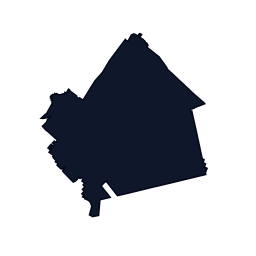 outline of Tizayuca, Hidalgo, Mexico, rotated 194°
{"feature_id": "50627088B81071205197535", "entity_name": "Tizayuca", "entity_type": "district", "adm_level": 2, "iso_a3": "MEX", "parent_name": "Mexico", "parent_adm1": "Hidalgo", "projection": "natural_earth1", "projection_center": [-98.946, 19.853], "detail": "fine", "context": "isolated", "style": "filled", "palette": "ink", "viewbox_px": 256, "rotation_deg": 194, "n_neighbors": 0, "source": "geoboundaries", "source_scale": "gbopen_adm2", "svg_char_len": 4565}
<svg xmlns="http://www.w3.org/2000/svg" viewBox="0 0 256 256"><g transform="rotate(194 128 128)"><path d="M198.7,85.6L198.8,85.4L197.3,84.8L196.3,84.4L195.2,84.0L194.2,83.6L193.5,83.4L193.4,83.4L193.6,82.9L194.1,82.0L193.3,81.6L193.3,81.4L192.7,80.9L192.8,80.8L192.6,80.7L191.7,80.1L190.7,79.5L189.8,78.6L190.7,76.9L190.6,77.1L190.4,77.4L189.2,77.4L188.2,76.9L187.1,76.3L187.9,74.9L186.9,74.2L186.2,73.7L185.8,73.7L185.3,73.5L184.8,73.1L183.8,72.4L183.7,72.5L182.7,72.1L179.7,74.1L181.1,70.5L179.7,69.5L177.2,68.0L174.9,66.5L173.3,65.5L173.2,65.4L170.9,64.0L168.0,62.3L166.8,63.2L166.0,64.0L165.6,64.7L164.8,66.1L164.4,67.4L164.1,68.8L163.8,68.2L163.4,67.7L162.9,67.5L162.3,67.5L161.8,67.9L160.8,68.9L160.4,69.4L159.5,66.7L159.7,66.4L159.8,65.8L159.7,65.3L159.7,65.2L159.0,65.1L158.8,65.0L156.8,64.2L156.7,64.1L157.1,63.4L157.8,62.2L157.5,61.6L155.8,60.5L155.7,60.5L156.5,58.9L157.4,57.4L155.6,56.3L155.4,55.9L156.8,53.0L154.7,51.7L155.4,50.2L153.1,49.8L152.7,48.8L151.8,48.9L150.1,48.5L148.9,48.1L148.0,47.8L147.3,47.3L146.7,46.8L146.0,46.2L145.3,45.0L144.5,43.8L144.4,43.5L144.2,42.4L144.2,41.7L144.2,41.0L144.2,39.7L144.3,38.6L144.3,37.9L144.3,35.8L144.4,34.4L142.3,33.9L141.4,33.5L140.7,33.5L140.4,33.7L136.3,35.6L135.5,36.0L135.3,35.5L135.4,36.2L135.7,37.8L136.0,40.0L136.2,40.9L136.9,45.4L137.0,46.2L137.1,46.7L137.2,47.5L137.3,48.1L137.5,48.7L137.6,49.4L137.7,50.2L137.9,51.6L135.3,52.9L135.0,53.1L134.3,53.4L133.9,53.6L131.8,54.7L128.5,56.4L132.6,59.6L133.1,60.0L134.2,60.8L134.7,61.1L136.9,62.8L138.7,64.2L140.1,65.3L139.0,67.1L138.5,68.0L138.3,68.3L138.2,68.5L137.9,69.0L137.5,69.7L137.4,69.8L137.2,70.2L137.1,70.3L136.6,71.2L136.3,71.0L135.7,70.5L135.5,70.4L135.1,70.1L134.5,69.7L134.1,69.3L133.6,69.0L133.6,68.9L132.9,68.4L132.7,68.3L131.0,67.0L130.6,66.6L129.5,65.8L129.4,65.7L128.2,64.8L121.8,59.8L113.8,63.9L90.0,76.4L87.5,77.7L84.5,79.2L81.4,80.8L73.3,85.0L71.4,86.0L62.6,90.6L41.3,101.7L42.1,103.3L41.9,104.9L41.5,108.0L44.5,108.7L44.1,111.9L46.8,112.6L46.5,115.7L48.6,116.2L53.5,126.1L54.0,127.3L54.9,129.0L55.9,131.0L56.2,131.6L56.2,131.9L56.4,132.1L57.4,134.0L59.3,138.0L69.7,158.8L69.8,157.5L70.1,158.0L71.4,160.3L71.5,161.7L68.6,163.2L68.5,163.7L68.4,163.8L59.4,170.1L59.5,170.4L71.3,176.4L75.1,178.4L76.5,179.2L77.9,180.1L79.0,180.7L81.5,182.0L82.2,182.4L83.8,183.4L85.5,184.3L87.1,185.2L87.5,185.4L89.2,186.3L90.8,187.2L92.2,188.0L93.5,188.8L95.1,189.6L96.6,190.5L98.0,191.3L99.4,192.0L100.8,192.8L102.2,193.5L103.4,194.2L103.5,194.3L104.6,195.0L104.7,195.6L106.4,197.2L106.5,197.3L108.5,199.0L115.3,204.7L115.6,204.8L119.2,206.4L122.2,207.8L124.0,208.6L124.5,208.9L125.0,209.1L126.8,209.9L129.3,211.1L128.6,213.1L129.1,213.2L129.6,213.4L129.6,213.9L129.7,214.3L129.9,214.5L130.2,214.7L130.7,215.0L131.0,214.8L131.5,215.0L131.9,215.1L132.2,215.6L132.3,216.0L132.5,216.3L132.8,216.4L133.6,216.8L134.1,217.1L134.4,217.3L134.8,217.7L135.5,217.8L136.2,218.0L136.8,218.0L137.0,218.2L137.1,218.4L137.3,218.5L137.5,218.6L137.9,218.7L138.5,219.0L137.4,222.0L138.3,222.3L139.4,222.5L140.3,221.3L140.9,219.7L141.9,219.9L142.9,220.4L143.7,220.5L144.4,220.7L145.3,220.6L146.1,220.0L147.2,219.1L147.6,217.6L147.8,216.7L148.0,216.2L149.0,212.0L150.3,212.5L150.8,212.5L152.0,213.3L155.3,205.5L158.5,197.9L162.1,189.3L166.0,176.4L166.9,174.5L171.4,165.9L173.5,159.4L174.2,157.4L174.7,155.7L174.8,155.4L175.1,154.5L175.3,153.8L176.0,151.6L176.4,150.5L177.2,148.0L177.5,146.8L178.4,144.2L182.0,145.4L182.3,145.6L182.9,145.0L184.2,144.8L184.7,145.1L185.2,145.9L185.8,146.8L192.3,149.5L193.5,150.1L193.7,150.7L195.1,151.3L196.4,146.8L197.8,147.4L197.9,146.1L200.3,144.8L200.8,144.5L202.9,143.4L205.6,144.1L205.8,143.4L206.0,143.4L207.5,143.8L207.9,142.0L209.2,142.3L209.6,140.9L210.3,141.1L210.8,139.6L210.1,139.4L210.4,138.3L209.0,138.1L209.4,136.6L209.0,136.6L208.3,136.5L208.2,136.4L208.2,135.7L207.9,134.3L207.5,132.8L207.9,131.9L207.8,131.2L208.1,131.3L209.3,126.9L209.8,125.0L210.3,122.8L212.5,119.8L212.7,119.5L214.7,116.4L213.0,116.6L210.1,117.8L208.9,118.5L207.6,119.3L206.9,119.7L206.2,120.2L206.3,119.9L207.6,117.7L207.7,117.4L207.9,117.1L208.1,116.7L208.3,116.0L208.3,115.9L208.3,115.1L208.2,114.3L208.5,113.8L208.8,113.4L209.0,113.0L210.2,111.0L210.6,110.3L210.8,109.9L211.5,109.0L211.2,108.8L208.7,107.1L207.8,106.6L206.4,105.7L205.1,105.4L204.3,104.9L194.3,99.5L193.3,99.0L194.2,97.4L194.9,96.6L196.4,97.4L196.6,97.0L197.6,95.2L195.2,93.9L195.5,93.3L195.5,93.2L195.9,92.2L198.6,93.6L199.8,91.5L196.9,90.0L197.2,89.1L200.1,90.7L200.8,89.3L197.8,87.7L198.1,87.0L198.4,86.2L198.7,85.6Z" fill="#0f172a" stroke="#020617" stroke-width="1.5"/></g></svg>